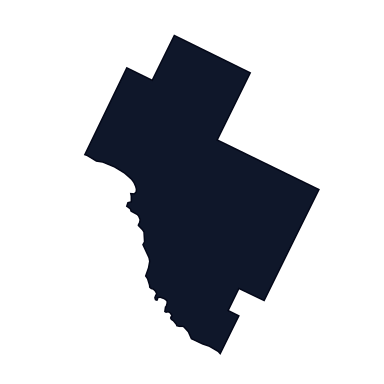 Marquette, Michigan, United States of America, rotated 206°
{"feature_id": "52423323B1149606066361", "entity_name": "Marquette", "entity_type": "district", "adm_level": 2, "iso_a3": "USA", "parent_name": "United States of America", "parent_adm1": "Michigan", "projection": "natural_earth1", "projection_center": [-87.624, 46.449], "detail": "fine", "context": "isolated", "style": "filled", "palette": "ink", "viewbox_px": 384, "rotation_deg": 206, "n_neighbors": 0, "source": "geoboundaries", "source_scale": "gbopen_adm2", "svg_char_len": 1234}
<svg xmlns="http://www.w3.org/2000/svg" viewBox="0 0 384 384"><g transform="rotate(206 192 192)"><path d="M248.2,324.8L276.5,324.9L276.7,274.9L305.0,275.0L304.7,178.6L302.3,178.9L291.5,177.9L285.4,179.8L272.7,180.6L261.0,179.5L251.9,177.0L248.3,175.1L245.0,172.3L243.2,170.2L242.2,167.7L243.0,165.0L246.3,163.7L244.8,161.8L242.4,156.9L242.4,156.4L244.9,154.3L244.4,150.6L240.1,149.9L238.3,148.1L231.2,147.8L229.2,146.9L226.4,144.3L225.6,141.1L225.8,139.5L225.5,138.4L219.9,136.4L217.6,135.0L212.8,126.4L212.8,126.0L213.0,123.2L201.8,114.1L199.6,111.2L197.8,104.8L196.8,96.2L193.9,94.6L189.4,89.8L188.2,87.9L186.3,87.4L184.2,87.8L181.7,87.0L179.5,85.5L179.0,84.4L179.3,83.4L179.0,80.7L177.6,79.2L176.1,79.4L176.0,80.1L176.5,82.0L174.5,83.5L170.1,84.0L167.1,83.4L166.1,82.4L165.5,80.7L165.0,77.8L165.4,77.0L164.0,72.7L162.7,72.6L160.7,74.0L158.4,73.8L156.0,72.2L155.5,71.2L156.1,70.6L155.9,69.4L154.7,68.5L153.4,68.3L152.3,68.2L147.8,66.1L147.0,65.2L144.6,65.7L141.5,67.2L140.4,67.3L134.0,64.8L128.2,59.9L115.7,60.1L108.9,61.0L104.8,60.7L98.5,60.2L95.8,59.1L95.7,88.8L95.6,101.2L107.6,101.3L107.6,125.9L79.6,126.1L79.3,200.2L79.0,249.8L192.2,249.8L191.9,324.6L248.2,324.8Z" fill="#0f172a" stroke="#020617" stroke-width="1.5"/></g></svg>